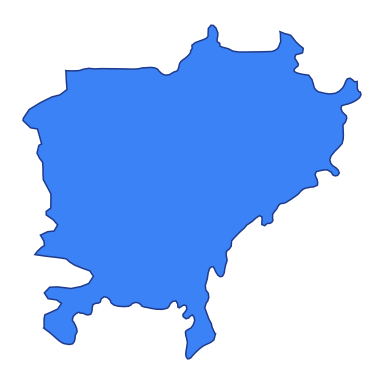 outline of Byalynichy, Mogilev, Belarus
{"feature_id": "67162791B99339401725810", "entity_name": "Byalynichy", "entity_type": "district", "adm_level": 2, "iso_a3": "BLR", "parent_name": "Belarus", "parent_adm1": "Mogilev", "projection": "albers", "projection_center": [29.744, 53.9], "detail": "fine", "context": "isolated", "style": "filled", "palette": "blue", "viewbox_px": 384, "rotation_deg": 0, "n_neighbors": 0, "source": "geoboundaries", "source_scale": "gbopen_adm2", "svg_char_len": 4670}
<svg xmlns="http://www.w3.org/2000/svg" viewBox="0 0 384 384"><path d="M280.0,31.7L280.4,33.6L280.5,37.7L280.7,41.4L278.9,46.4L277.6,48.6L275.0,50.4L271.9,51.5L267.1,51.6L262.0,51.8L245.9,52.0L238.6,52.0L232.9,51.1L228.7,48.9L225.7,48.0L222.4,47.2L220.0,46.2L219.7,43.3L217.3,41.7L217.0,39.9L217.7,36.3L217.9,33.1L216.1,28.2L213.5,25.5L211.0,25.2L208.3,28.5L208.1,33.3L208.1,36.1L206.5,38.2L203.2,39.7L199.0,41.2L195.1,42.7L191.9,45.3L192.2,48.3L190.6,51.0L190.6,52.4L189.4,54.2L187.5,56.2L184.9,58.5L182.8,59.9L180.6,61.8L179.5,63.9L179.0,66.1L178.5,68.4L177.3,70.7L176.0,71.3L173.5,72.2L171.7,73.3L169.1,74.8L165.2,75.1L162.3,74.0L159.3,71.4L157.5,69.1L154.8,67.9L150.8,67.4L146.2,67.7L141.7,68.0L138.4,68.8L133.8,69.1L119.3,68.8L100.9,68.6L94.2,68.9L88.8,68.3L83.0,69.3L80.1,70.4L77.6,70.7L73.0,70.9L67.8,70.8L65.8,70.6L65.9,70.9L66.3,80.4L67.0,89.5L60.1,94.8L51.7,97.0L40.3,102.7L29.2,109.5L23.4,118.2L23.0,120.5L23.9,121.4L30.6,127.8L37.5,129.0L39.3,135.5L41.6,143.9L38.9,145.4L37.0,153.0L39.6,158.3L42.6,162.2L43.0,168.3L43.0,173.6L43.3,179.7L47.5,187.4L50.9,193.9L50.9,199.2L50.8,208.0L46.2,211.4L46.2,214.9L53.4,219.9L57.6,224.9L54.1,231.0L47.6,231.7L40.4,235.1L43.8,240.9L44.5,245.5L41.4,247.4L37.2,251.5L34.9,254.6L46.0,256.2L59.8,257.8L66.3,258.9L69.7,262.0L74.6,265.1L82.3,268.2L89.9,270.9L93.4,276.3L88.7,283.5L80.7,286.6L71.1,288.5L57.7,286.9L49.7,287.2L44.3,292.9L48.1,298.7L56.5,299.9L61.5,303.4L57.6,309.1L51.1,312.1L44.9,314.8L44.1,318.6L44.1,327.4L43.6,328.0L46.1,329.9L50.2,332.9L53.7,336.0L55.8,337.9L58.3,340.1L61.6,342.5L64.0,343.6L69.3,344.5L72.6,343.8L74.2,341.7L75.0,338.9L75.2,335.7L76.0,333.9L77.1,331.7L76.6,328.4L75.4,325.5L74.0,322.6L72.4,320.5L72.7,317.8L73.7,315.9L75.8,313.8L78.6,312.2L80.1,313.0L83.5,313.4L86.3,314.7L88.2,314.9L90.7,314.2L91.6,312.4L92.0,310.7L92.2,308.0L92.9,304.7L95.1,303.5L98.7,303.0L100.1,302.2L100.7,300.8L101.1,298.9L104.2,296.7L107.3,297.5L109.9,299.9L111.3,303.0L114.2,305.2L118.3,306.2L123.3,306.6L128.5,306.3L130.7,305.2L132.5,303.3L135.8,302.4L138.5,302.9L140.9,304.7L141.7,306.0L144.2,307.0L147.8,307.6L150.9,308.3L156.3,309.2L160.1,309.3L162.7,309.3L165.6,308.6L167.6,308.0L169.1,306.2L170.3,303.6L172.9,301.3L175.9,300.9L177.7,304.0L177.8,306.9L179.1,307.9L181.7,306.2L184.1,304.9L186.4,306.0L186.8,309.1L185.5,311.3L182.9,314.5L183.2,316.7L186.0,318.8L188.8,317.9L190.1,316.2L192.3,315.0L193.9,316.9L194.7,320.3L193.9,323.0L193.0,325.2L191.0,327.9L188.1,329.5L186.1,330.7L185.4,332.2L185.8,335.5L186.6,338.3L187.4,342.6L186.8,346.8L186.2,350.1L185.7,354.3L186.2,356.8L187.5,358.8L189.2,358.7L190.9,357.7L192.2,356.1L194.1,353.9L197.2,350.9L199.9,348.4L203.2,346.0L205.5,344.8L210.5,342.5L213.8,340.1L214.5,337.7L215.0,335.5L215.5,333.9L215.3,333.9L214.0,331.5L212.2,327.5L211.2,323.4L208.8,318.9L206.7,313.1L204.8,307.9L206.0,303.4L207.7,301.0L208.8,297.4L208.3,293.3L205.8,290.0L205.3,285.5L206.2,282.5L207.2,279.2L208.2,272.8L209.6,268.4L211.7,266.8L213.4,266.8L214.8,269.6L215.6,271.6L217.9,275.2L219.8,276.6L221.3,276.6L222.7,275.9L224.1,273.2L224.7,269.5L225.6,264.9L226.6,262.2L227.1,260.1L226.5,256.8L226.1,254.1L226.6,251.2L229.4,248.9L231.2,246.2L231.6,240.8L234.8,237.2L240.0,231.9L244.3,228.0L246.8,225.0L252.0,221.6L255.6,218.3L257.5,216.9L259.7,215.7L261.8,216.8L262.1,219.5L261.9,221.7L261.8,224.5L264.7,225.7L266.8,223.8L267.8,223.4L269.8,223.4L271.7,222.4L272.9,220.5L272.6,217.9L272.6,214.5L274.3,211.8L276.8,208.8L278.4,205.6L280.3,203.7L283.5,203.3L285.9,202.5L290.0,199.9L292.4,198.3L295.3,196.3L298.1,194.2L299.8,192.3L301.6,190.4L303.7,188.9L306.1,188.0L307.6,187.8L310.6,187.1L313.6,186.9L317.4,185.2L317.7,182.8L317.0,179.2L315.7,176.7L315.1,174.3L316.5,171.5L318.7,171.0L322.0,170.3L324.5,169.9L327.3,169.9L331.1,172.1L333.0,175.0L335.2,175.9L337.6,175.4L339.3,173.0L338.1,170.0L336.2,168.0L332.6,165.6L330.8,163.4L329.8,159.6L331.3,155.5L334.9,151.2L338.3,147.9L342.1,143.5L343.2,139.2L343.4,134.6L343.2,130.6L343.0,125.0L345.5,121.9L346.7,118.3L346.4,115.9L344.8,114.4L342.4,112.0L341.0,108.8L341.5,105.8L345.6,104.5L347.7,104.1L351.6,102.7L354.7,101.2L357.6,99.3L359.6,97.6L361.0,94.6L360.3,92.1L358.6,91.4L357.3,88.5L357.3,85.3L357.1,81.5L356.9,81.6L354.4,81.6L352.4,79.7L350.0,78.2L347.4,78.8L345.9,81.0L344.4,84.9L342.8,87.7L339.5,91.0L335.6,93.2L329.8,94.0L324.0,93.2L320.7,92.3L318.5,91.9L315.8,89.8L314.3,87.8L313.1,83.2L311.9,79.4L310.3,77.4L308.8,75.2L306.7,74.9L304.0,74.5L300.8,74.0L296.6,72.8L294.3,71.5L294.1,69.6L295.6,67.8L297.9,66.1L298.4,64.1L296.4,60.7L294.7,58.1L295.7,54.8L298.2,54.1L301.4,53.3L302.6,52.7L303.3,48.3L299.2,45.0L295.7,41.6L292.8,37.8L290.8,35.4L288.5,34.5L285.0,33.7L280.0,31.7Z" fill="#3b82f6" stroke="#1e3a8a" stroke-width="1.5"/></svg>